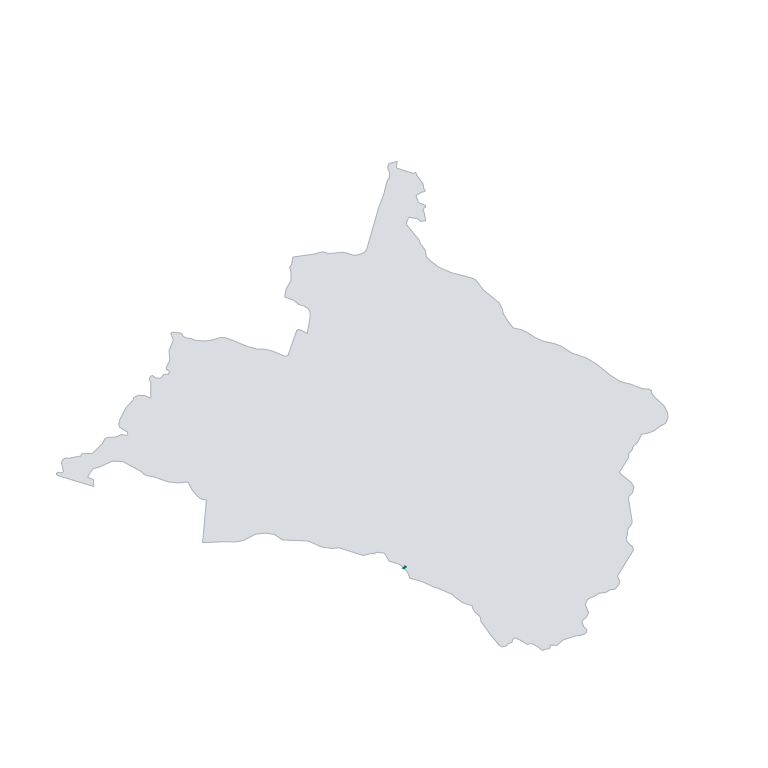 location of Goma, Nord-Kivu, Democratic Republic of the Congo, rotated 107°
{"feature_id": "63176286B45383896961526", "entity_name": "Goma", "entity_type": "district", "adm_level": 2, "iso_a3": "COD", "parent_name": "Democratic Republic of the Congo", "parent_adm1": "Nord-Kivu", "projection": "equal_earth", "projection_center": [29.189, -1.656], "detail": "medium", "context": "in_parent", "style": "filled", "palette": "teal", "viewbox_px": 768, "rotation_deg": 107, "n_neighbors": 0, "source": "geoboundaries", "source_scale": "gbopen_adm2", "svg_char_len": 4275}
<svg xmlns="http://www.w3.org/2000/svg" viewBox="0 0 768 768"><g transform="rotate(107 384 384)"><path d="M588.7,511.1L546.7,520.0L547.5,523.2L547.1,526.6L546.0,529.2L541.7,536.2L535.4,542.6L535.4,544.1L538.6,551.3L540.6,561.1L540.1,578.3L541.0,583.0L540.8,586.6L538.7,590.6L534.5,611.3L537.3,621.3L545.6,630.7L550.4,637.6L558.6,640.1L559.9,639.7L560.4,633.9L566.9,631.7L566.9,668.5L566.4,670.6L565.3,671.1L563.7,669.9L563.2,666.4L561.5,664.9L553.5,669.4L551.5,669.3L549.3,668.5L547.7,666.6L547.2,663.8L541.6,653.1L538.9,652.4L535.8,642.7L523.2,635.7L518.4,635.1L515.9,633.0L513.4,625.3L509.2,620.4L508.3,615.0L507.4,614.2L504.9,615.4L502.7,624.0L499.9,626.0L494.8,626.2L481.9,623.7L472.7,619.3L470.3,619.5L466.6,615.6L465.0,609.0L465.9,603.8L465.2,603.1L451.2,607.4L447.8,610.0L444.6,609.3L443.6,607.9L445.0,604.4L444.3,600.6L443.2,598.8L439.1,597.4L437.8,593.3L435.2,592.7L434.4,593.3L433.8,596.1L432.3,597.1L423.9,595.7L415.2,599.3L403.5,598.3L398.0,602.7L397.2,602.5L396.0,600.3L394.8,593.4L395.4,591.5L397.1,590.1L397.7,587.2L397.0,580.0L397.5,578.3L396.8,574.1L395.1,567.4L392.6,562.0L387.2,553.8L386.2,550.0L386.5,540.9L388.1,526.4L387.8,515.6L385.6,508.6L385.1,501.1L386.4,487.5L385.1,484.2L358.4,483.1L357.3,482.1L356.7,480.2L357.9,472.2L341.7,474.2L336.8,475.7L333.8,479.0L332.9,483.2L332.8,489.0L330.4,494.6L329.8,504.2L325.3,505.2L320.8,505.2L312.1,503.2L303.7,505.9L299.6,508.5L297.4,507.2L289.9,508.2L288.9,507.5L280.1,488.7L276.1,482.5L275.4,479.4L275.6,476.5L274.5,472.6L270.5,462.9L269.6,458.4L269.8,451.4L269.3,449.0L265.6,443.0L263.2,440.9L260.5,439.9L217.0,440.7L202.5,439.6L192.0,440.4L186.7,439.9L185.2,439.0L180.4,440.3L177.9,442.8L174.2,444.1L171.8,443.6L167.2,436.6L173.4,435.4L173.8,434.7L174.1,417.9L172.4,415.6L175.7,412.7L181.0,405.3L186.1,402.7L186.8,401.2L187.9,401.2L189.8,404.4L194.3,408.4L199.8,404.8L200.4,403.8L201.1,396.6L202.5,396.0L204.9,397.6L206.2,397.6L208.6,395.5L215.6,391.9L217.8,396.5L215.9,400.7L216.7,403.6L217.0,408.2L218.1,409.2L223.7,409.7L225.3,408.6L236.3,392.1L239.2,390.2L243.9,383.7L250.0,380.7L252.7,375.5L256.2,366.3L257.8,353.0L257.1,329.9L257.6,326.8L265.0,316.4L272.7,297.6L277.9,292.6L281.8,290.6L287.8,283.7L292.6,276.8L291.9,268.4L293.0,261.5L295.6,252.7L296.5,243.4L295.6,233.6L296.0,225.6L299.6,212.8L299.9,198.1L303.1,185.8L309.5,170.1L312.6,158.5L312.0,147.0L312.9,138.5L312.6,133.6L311.5,129.2L312.1,126.5L314.5,125.4L317.5,121.1L323.0,109.8L328.8,104.3L332.8,102.6L337.0,102.8L339.8,103.7L344.2,108.2L349.3,111.7L353.1,116.1L356.8,122.9L365.8,124.5L369.7,126.9L372.1,127.9L372.9,127.2L374.8,127.6L379.1,129.6L382.5,128.5L399.2,133.0L401.1,130.8L405.8,119.0L409.3,114.9L415.0,114.5L419.5,116.8L421.9,116.8L442.5,106.7L445.1,106.2L452.6,108.6L457.4,107.0L459.4,107.5L463.6,105.7L467.1,98.6L469.9,96.9L499.4,104.6L503.9,100.8L506.1,100.4L512.6,103.1L514.6,107.5L518.6,111.2L521.4,117.4L525.7,120.8L528.0,124.1L530.6,126.4L535.9,127.2L542.7,121.6L547.6,122.2L552.4,125.2L554.1,125.1L557.7,121.9L559.6,118.4L561.5,117.6L564.4,119.1L566.7,122.4L568.8,127.1L576.2,137.7L583.3,142.2L585.1,148.7L587.7,148.1L589.0,148.7L590.8,152.8L592.1,153.6L592.4,155.3L590.6,159.1L588.9,166.5L591.1,171.1L589.3,177.7L588.3,184.5L590.6,186.2L593.6,186.1L596.4,189.7L598.5,190.2L600.8,194.0L600.3,197.1L593.2,208.2L582.6,221.9L579.1,223.5L577.2,226.1L575.9,230.0L572.8,233.4L570.4,234.8L570.2,244.6L566.7,254.8L565.3,256.9L563.4,273.5L563.7,276.4L561.8,289.9L562.1,302.5L557.0,306.5L553.4,312.7L551.9,317.0L551.9,327.3L546.1,333.6L545.7,335.0L547.2,342.3L549.3,343.4L549.3,345.9L554.1,353.7L553.8,377.6L554.0,380.0L556.5,385.6L558.1,396.5L556.3,410.3L562.8,435.5L559.9,444.8L561.2,453.6L565.1,462.9L574.1,472.0L576.5,475.8L578.8,480.8L580.9,488.7L588.7,511.1Z" fill="#d9dde1" stroke="#a8b0b8" stroke-width="1"/><path d="M554.5,312.1L554.5,311.9L554.6,311.5L554.7,311.0L554.4,310.8L554.0,310.7L553.9,310.7L553.5,310.3L553.3,310.0L553.2,309.9L552.9,309.6L552.4,309.4L552.3,309.5L552.2,309.8L552.2,310.0L552.3,310.2L552.3,310.3L552.3,310.2L552.3,310.3L552.4,310.2L552.5,310.2L552.6,310.3L552.7,310.5L552.8,310.8L552.7,310.8L552.8,310.9L552.8,311.0L553.0,311.1L553.3,311.2L553.5,311.3L553.7,311.5L553.8,311.5L554.0,311.6L554.1,311.8L554.2,312.0L554.3,312.0L554.5,312.1Z" fill="#14b8a6" stroke="#0f766e" stroke-width="1.5"/></g></svg>